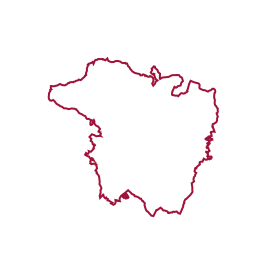 outline of Feldru, Bistrita-Nasaud, Romania, rotated 298°
{"feature_id": "2599482B57899759192665", "entity_name": "Feldru", "entity_type": "district", "adm_level": 2, "iso_a3": "ROU", "parent_name": "Romania", "parent_adm1": "Bistrita-Nasaud", "projection": "robinson", "projection_center": [24.581, 47.301], "detail": "fine", "context": "isolated", "style": "outline", "palette": "rose", "viewbox_px": 256, "rotation_deg": 298, "n_neighbors": 0, "source": "geoboundaries", "source_scale": "gbopen_adm2", "svg_char_len": 5898}
<svg xmlns="http://www.w3.org/2000/svg" viewBox="0 0 256 256"><g transform="rotate(298 128 128)"><path d="M180.2,202.0L182.4,199.4L182.7,199.3L183.3,199.9L184.7,199.6L186.3,198.5L187.3,198.2L187.9,196.5L188.7,195.8L189.0,194.3L190.3,193.0L193.2,191.7L194.7,190.5L195.2,189.8L198.7,188.2L199.6,188.0L200.1,188.3L201.5,187.8L202.5,186.8L202.8,185.9L202.8,185.0L202.2,184.0L201.4,183.9L200.0,183.2L199.3,182.3L197.7,181.5L197.4,177.9L196.8,176.7L196.5,173.1L196.9,172.2L199.7,171.0L200.5,169.4L199.4,164.9L199.1,161.1L195.5,161.3L190.1,162.6L188.7,162.6L188.4,163.3L187.0,163.0L186.1,162.0L185.2,161.9L184.3,160.6L183.9,158.9L183.4,158.4L179.6,157.4L179.7,156.2L178.5,153.9L178.6,153.3L177.9,151.7L178.5,151.0L180.6,150.1L186.2,149.7L186.1,151.4L187.0,152.1L188.1,152.2L190.3,154.5L193.2,153.8L195.2,154.5L197.8,152.0L197.7,149.9L198.6,148.5L198.2,147.2L195.3,142.1L192.1,139.8L188.5,134.4L186.3,133.3L186.6,132.8L191.0,130.8L191.5,128.3L193.0,126.8L193.7,123.9L194.8,123.0L194.5,121.8L192.9,121.6L191.5,121.0L190.7,122.1L187.7,122.1L187.2,123.2L187.0,125.1L188.0,125.3L188.0,125.9L187.5,125.9L184.7,128.8L184.2,129.5L183.8,131.7L182.0,130.7L179.9,131.0L177.3,130.4L178.6,128.5L180.5,128.5L182.6,127.9L184.0,126.4L184.4,124.5L184.2,123.1L183.6,123.2L182.6,121.6L182.5,118.9L182.0,118.6L182.3,118.1L182.7,118.4L182.5,116.4L182.0,115.8L181.3,115.8L180.3,114.3L181.1,113.1L179.8,108.2L180.0,105.3L181.3,102.1L182.3,100.7L182.6,99.1L184.5,96.9L183.8,95.7L184.3,95.2L183.5,94.1L182.7,92.1L183.0,89.9L182.3,87.3L181.1,85.4L179.6,84.5L178.3,82.2L178.0,79.1L179.7,77.1L177.1,76.2L177.1,74.5L176.7,74.1L177.1,73.7L176.9,72.9L175.6,71.0L175.4,70.0L174.9,69.2L174.4,69.2L173.5,68.6L173.2,67.7L172.2,67.1L168.4,67.4L169.7,65.8L168.0,64.9L166.4,63.2L165.2,62.8L165.0,63.5L164.3,63.3L161.1,63.8L159.2,64.9L156.8,65.1L155.2,66.2L154.1,65.5L153.9,65.8L153.0,65.6L148.1,63.8L147.7,61.9L146.6,61.5L145.2,59.9L144.4,59.6L143.3,58.4L142.7,58.2L142.3,57.0L141.2,55.4L140.2,55.0L139.9,54.3L139.3,54.0L138.7,53.9L136.1,52.4L135.0,49.8L135.2,49.1L134.8,48.1L134.9,47.2L132.2,45.6L131.8,44.8L130.5,43.7L129.4,41.7L129.2,40.7L128.8,40.2L126.3,41.5L126.2,42.1L125.5,41.7L125.0,41.9L124.8,41.5L124.0,42.0L121.9,41.9L117.8,43.6L116.5,44.7L115.8,46.1L116.1,47.6L117.6,48.7L117.2,50.6L115.8,53.4L115.7,56.9L115.4,57.8L115.8,59.9L115.3,62.2L116.2,63.9L116.8,66.8L118.6,68.8L119.8,71.4L120.2,73.3L119.9,73.4L119.6,75.1L118.2,77.9L118.5,80.9L118.2,82.8L118.5,84.7L117.2,86.4L116.8,87.7L117.7,89.2L117.5,91.0L117.8,92.1L116.8,91.9L115.3,92.2L113.3,93.2L113.2,93.8L113.9,94.5L115.2,94.8L117.0,94.1L118.9,94.2L118.2,95.2L116.2,96.1L115.1,98.6L115.2,101.1L114.0,103.8L111.1,103.5L110.8,103.8L111.2,104.6L110.9,105.5L111.1,105.8L110.3,106.2L110.0,106.8L108.6,106.7L108.1,107.8L107.9,106.9L105.8,103.9L105.9,101.5L105.5,99.1L102.0,98.2L101.2,100.8L99.1,101.0L99.0,102.9L97.0,104.6L97.1,105.7L97.7,105.9L97.7,106.3L97.2,107.0L96.3,106.5L95.7,106.5L95.2,106.8L93.9,106.9L93.8,107.5L89.6,106.4L89.2,104.3L88.6,104.9L86.5,104.9L86.0,104.0L86.3,102.7L84.3,102.7L84.1,103.2L84.2,105.9L84.5,106.9L83.3,108.9L83.3,109.7L84.4,110.1L84.5,111.0L83.2,113.1L82.9,110.6L82.2,110.2L80.5,110.5L80.2,111.1L79.0,111.3L79.0,112.9L81.3,115.4L81.5,115.9L80.8,116.0L80.4,116.4L80.7,117.5L79.6,118.0L77.9,119.6L75.1,119.3L75.0,120.3L74.1,121.4L73.5,121.3L72.4,124.2L71.3,125.4L67.2,128.3L65.0,129.2L63.6,131.4L62.4,132.7L61.7,133.0L60.3,132.9L57.9,134.3L54.9,134.8L53.2,136.2L57.5,137.3L57.3,137.8L56.4,137.8L56.2,138.8L55.4,140.2L55.3,141.4L56.2,141.5L55.9,142.0L55.9,143.5L54.5,143.9L55.0,145.6L54.7,146.8L54.7,149.2L53.4,148.6L53.5,150.3L53.3,151.1L54.2,151.8L55.5,152.2L56.8,151.8L58.5,150.7L59.0,152.3L58.6,152.6L59.6,155.2L60.1,154.6L62.1,153.6L64.9,153.8L65.7,154.2L64.6,156.0L64.4,156.8L65.3,156.6L65.7,155.6L65.9,154.3L67.1,154.8L65.9,156.7L66.3,156.9L67.3,156.2L67.3,155.0L67.7,155.0L68.7,155.6L68.6,156.2L67.5,157.5L65.8,157.2L65.1,158.0L65.4,158.3L66.5,158.0L67.1,158.2L66.8,158.8L65.3,158.8L64.8,159.4L66.5,161.0L67.1,160.9L67.9,159.8L68.9,157.9L69.4,155.9L73.1,157.3L72.0,161.5L71.6,162.0L71.8,165.0L71.1,165.5L70.9,166.4L71.4,167.0L71.7,169.8L71.2,171.8L71.7,172.6L70.3,174.9L70.5,175.7L70.0,176.3L69.6,178.1L67.5,178.9L64.5,181.9L63.4,183.6L63.5,184.7L61.6,189.7L62.2,191.8L69.0,191.6L69.4,192.4L72.9,194.1L72.7,194.6L72.8,195.4L71.8,197.7L72.4,199.2L72.8,201.5L72.5,202.5L71.8,203.5L72.1,204.1L72.6,204.1L72.7,204.7L74.0,206.1L74.1,206.7L75.3,207.2L75.7,208.4L77.2,210.3L76.4,212.5L76.8,214.2L84.6,213.6L86.0,212.9L88.2,212.9L88.2,212.6L89.4,212.2L90.7,212.1L92.1,212.2L92.6,212.7L98.2,214.5L101.8,215.0L103.9,213.6L105.2,213.1L109.1,210.2L111.9,211.4L113.2,210.0L115.4,209.3L117.4,209.7L118.4,209.2L120.4,209.3L120.4,208.4L121.0,207.1L123.8,206.3L124.3,206.3L124.5,207.3L125.6,207.0L127.6,207.6L129.4,208.6L130.1,208.3L130.3,207.8L131.6,207.4L132.6,208.3L133.2,209.6L136.5,209.3L136.4,211.5L137.5,212.9L138.5,212.8L138.6,214.6L139.1,214.7L139.8,215.7L141.1,215.8L141.7,215.4L141.9,214.8L140.7,213.3L140.7,212.6L141.0,212.3L141.0,211.9L140.1,211.9L140.0,211.7L140.2,211.3L141.4,211.4L141.4,211.2L142.4,210.8L143.1,209.5L143.5,209.3L143.6,209.1L143.3,209.1L143.4,208.3L143.7,208.2L143.9,208.9L143.7,210.2L144.5,209.8L145.6,210.8L146.3,210.6L146.6,209.7L148.3,208.0L148.2,207.6L147.6,207.5L147.4,207.1L147.9,206.4L149.0,206.3L149.6,206.7L150.3,206.6L150.6,207.1L151.1,206.8L151.8,207.1L151.7,206.6L151.4,206.4L151.3,205.6L151.6,205.2L153.1,205.8L153.5,206.6L154.6,205.5L155.1,206.3L156.2,207.1L156.7,207.1L157.3,208.0L157.8,207.6L157.7,206.5L157.9,205.3L157.5,205.2L157.6,204.4L156.3,204.0L155.9,204.1L155.4,204.8L155.0,204.6L154.6,203.5L154.5,202.1L154.7,201.6L156.3,202.2L157.0,202.9L158.2,203.0L160.3,205.6L162.6,203.7L162.9,203.1L163.4,203.1L164.6,204.5L165.3,206.2L167.3,204.1L167.6,203.4L169.0,202.4L168.8,201.8L171.2,201.0L172.4,202.1L174.7,203.3L176.5,203.1L178.8,202.0L180.2,202.0Z" fill="none" stroke="#9f1239" stroke-width="2"/></g></svg>